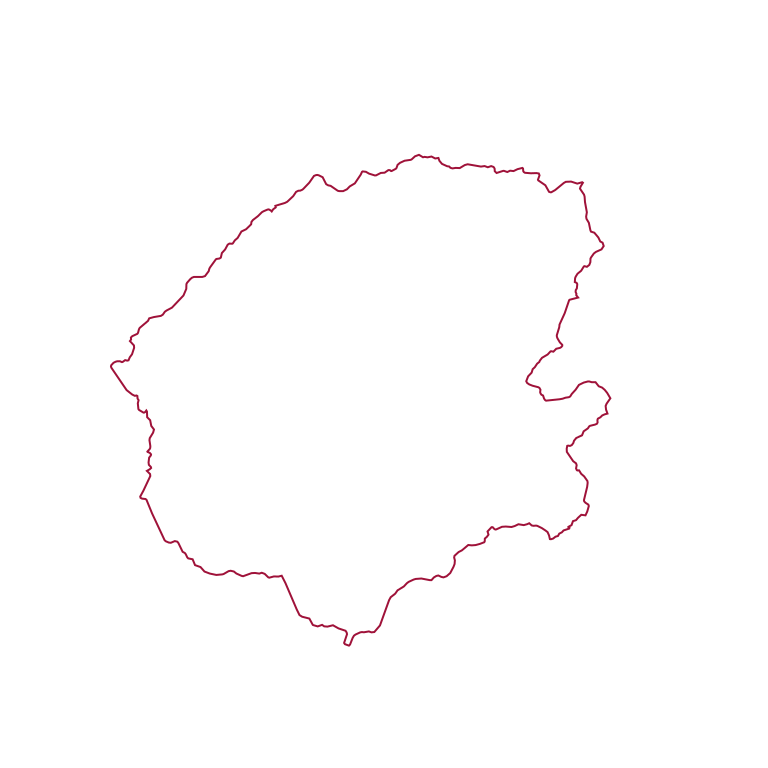 outline of Van Canh, Bình Định, Vietnam, rotated 63°
{"feature_id": "81297802B17102674968438", "entity_name": "Van Canh", "entity_type": "district", "adm_level": 2, "iso_a3": "VNM", "parent_name": "Vietnam", "parent_adm1": "Bình Định", "projection": "natural_earth1", "projection_center": [108.979, 13.676], "detail": "fine", "context": "isolated", "style": "outline", "palette": "rose", "viewbox_px": 768, "rotation_deg": 63, "n_neighbors": 0, "source": "geoboundaries", "source_scale": "gbopen_adm2", "svg_char_len": 6153}
<svg xmlns="http://www.w3.org/2000/svg" viewBox="0 0 768 768"><g transform="rotate(63 384 384)"><path d="M362.8,129.1L360.8,125.6L357.3,125.1L355.2,126.6L350.8,126.5L344.7,127.9L342.2,130.4L340.7,130.3L333.4,128.3L328.7,128.6L326.6,127.9L323.1,125.3L313.1,122.3L308.1,120.2L306.1,119.8L298.9,120.7L297.4,119.3L295.0,115.4L294.2,115.8L293.2,120.8L288.6,125.4L286.4,130.2L286.5,132.5L288.9,143.4L289.1,147.9L288.8,148.6L287.7,149.7L280.2,150.0L272.6,154.1L271.9,154.1L268.7,150.7L266.7,150.5L265.3,152.4L262.9,157.5L259.8,162.5L258.6,163.2L257.6,163.3L255.1,162.3L254.3,162.6L253.2,167.5L253.1,171.9L251.2,174.8L251.1,177.9L248.6,180.3L248.2,181.1L247.1,187.9L244.7,188.7L242.4,187.7L241.0,187.7L240.2,188.0L238.5,189.6L238.0,193.1L235.5,195.4L234.3,198.9L226.2,209.7L225.6,212.6L226.0,218.5L224.0,222.0L223.0,225.1L221.5,226.7L219.9,227.1L218.6,228.9L214.2,232.4L210.3,233.3L207.3,232.9L206.3,236.0L202.9,238.4L201.8,242.3L200.0,244.8L199.7,246.3L195.7,248.8L195.2,253.0L196.4,257.3L196.4,258.4L194.4,264.3L194.2,269.3L194.9,272.4L197.2,274.8L197.6,275.7L197.7,280.5L197.5,281.0L196.1,281.7L195.4,283.0L196.0,287.5L194.5,291.0L194.5,296.4L194.0,297.5L189.8,301.8L186.7,303.8L184.9,306.5L185.0,307.3L186.9,309.7L192.0,318.9L192.4,324.8L193.7,328.6L193.6,332.9L191.7,336.5L190.8,337.5L183.2,341.6L181.7,343.5L179.7,344.8L171.9,344.8L168.4,347.4L167.4,348.6L167.0,349.8L166.8,351.9L170.7,359.2L173.5,367.2L173.8,368.5L173.7,370.8L172.9,372.6L172.9,375.1L175.4,379.6L177.7,387.5L177.7,390.1L175.9,399.9L177.5,400.3L178.0,403.4L179.3,405.7L178.0,406.1L176.1,407.4L175.7,408.6L175.4,412.9L175.5,414.8L177.2,420.1L178.4,426.4L179.4,428.5L181.4,429.9L183.5,436.6L183.4,441.8L187.4,448.1L188.3,451.7L190.1,454.9L190.1,455.6L188.7,458.0L188.9,460.0L192.0,464.5L193.7,469.0L197.3,472.0L197.5,473.6L196.5,476.6L196.7,477.4L201.1,486.0L201.9,487.2L203.9,489.0L206.6,494.5L206.1,497.3L202.3,504.8L202.1,506.8L202.6,509.0L204.4,513.5L205.3,514.7L209.5,517.0L214.1,522.5L219.7,538.3L219.8,544.3L220.1,546.4L221.8,549.6L222.0,551.9L219.9,558.6L218.9,563.4L220.6,565.6L223.1,576.2L224.0,577.5L226.7,579.9L227.3,581.0L227.1,586.6L227.7,588.4L229.6,589.2L230.4,590.9L236.1,589.3L238.3,590.2L243.1,595.0L244.8,598.4L246.9,600.9L246.6,602.2L245.2,603.8L245.7,606.9L245.5,607.6L243.8,609.0L242.6,611.5L242.3,613.1L242.3,615.4L243.5,618.6L244.6,619.4L246.0,619.5L272.6,616.1L279.1,613.1L281.4,611.4L281.9,609.7L282.7,609.2L285.1,610.2L287.0,610.0L289.4,612.1L294.8,614.2L296.0,614.0L300.3,611.3L300.6,610.7L300.6,609.6L299.7,607.8L300.9,607.7L306.1,610.1L310.1,608.8L315.7,610.4L320.1,609.6L322.5,611.8L325.9,617.3L327.6,618.5L333.3,620.4L334.8,621.3L335.5,622.1L336.8,625.5L337.2,625.5L339.0,624.0L340.9,623.5L341.8,624.2L343.0,626.7L347.0,629.4L349.3,630.2L352.0,629.4L353.1,629.6L353.6,631.3L353.8,634.7L358.0,633.3L359.9,634.0L369.9,646.9L373.6,652.3L374.9,652.6L376.3,651.6L378.2,648.7L379.4,648.2L394.0,649.4L423.6,650.4L425.1,649.8L427.6,647.7L428.7,646.0L429.0,641.7L430.7,639.7L432.5,639.4L442.1,639.6L444.1,638.2L445.6,637.9L449.2,638.0L450.5,637.6L453.3,634.1L459.6,634.6L463.8,630.6L469.6,629.1L473.8,625.3L478.0,620.1L480.2,614.6L480.5,613.2L480.2,607.4L480.8,605.4L482.9,602.9L485.8,601.6L490.3,598.0L491.3,596.8L492.4,587.9L493.8,584.7L496.3,581.2L496.7,578.6L499.0,576.5L503.7,574.9L504.5,574.1L505.5,569.4L507.6,565.6L508.4,562.2L516.7,562.2L545.2,564.1L551.5,564.2L554.2,562.6L559.1,557.0L566.3,556.8L567.0,556.2L569.9,553.1L570.5,548.5L572.8,547.3L574.5,544.5L575.8,539.0L581.1,535.5L586.4,530.3L588.4,530.1L590.1,530.5L596.6,537.1L598.1,536.9L601.2,534.0L600.7,532.5L596.0,527.2L594.6,525.0L594.3,523.1L594.5,518.0L595.0,516.3L596.1,514.6L597.6,509.8L599.6,507.9L600.6,505.2L597.3,497.2L578.9,477.6L577.0,474.8L575.9,469.2L574.0,465.6L573.4,458.2L571.9,454.1L571.5,451.9L571.7,446.4L572.1,444.2L574.3,439.0L579.5,432.3L580.3,430.7L579.0,427.4L578.8,424.5L579.3,422.5L581.9,420.5L583.3,418.8L583.7,415.5L582.5,410.8L578.4,405.0L576.4,402.8L573.3,400.9L570.5,400.3L569.1,399.2L567.6,393.8L567.6,390.2L565.7,382.0L567.6,379.1L569.1,375.5L570.0,371.2L570.5,366.5L569.8,365.6L567.5,364.3L566.9,361.8L565.7,359.3L562.4,358.7L560.4,353.2L560.9,352.2L563.3,351.5L564.2,350.9L564.5,350.1L564.8,343.7L566.3,340.2L569.3,335.3L569.9,332.0L570.0,327.9L573.2,323.5L573.9,320.1L574.0,317.8L577.1,316.6L578.2,315.2L579.2,312.8L580.0,311.8L584.0,308.8L587.9,306.6L590.2,305.5L593.9,305.7L597.5,306.6L598.1,305.7L598.5,303.5L597.9,300.5L598.4,298.0L596.9,295.8L596.9,292.8L596.0,290.5L596.9,284.6L596.4,284.1L595.6,284.8L595.0,284.6L594.9,281.0L592.0,277.9L592.5,274.7L591.3,271.9L590.1,267.6L592.5,264.1L589.9,260.8L585.7,256.9L584.2,256.7L581.3,258.4L579.5,258.9L578.3,258.6L567.9,249.7L564.5,247.4L562.8,246.8L557.2,247.6L553.5,249.1L549.5,249.4L548.8,251.0L548.2,251.3L546.4,251.2L543.8,249.2L541.9,248.9L538.6,250.5L527.5,251.9L524.6,250.6L522.3,248.8L522.5,247.9L523.6,246.4L523.7,244.5L522.6,242.2L520.8,240.4L519.4,237.2L519.6,230.8L516.8,227.6L516.1,222.5L514.9,220.4L514.8,219.4L516.0,214.3L516.1,212.4L515.3,211.2L513.0,210.2L512.0,209.2L511.9,206.3L511.1,203.9L511.2,201.3L511.8,198.3L507.7,197.8L504.2,196.5L502.6,194.6L499.5,188.8L493.2,189.2L489.4,190.0L486.2,191.3L483.5,193.7L478.4,194.7L476.7,198.1L474.9,200.0L474.3,201.2L473.4,205.4L473.3,210.7L476.1,215.9L478.1,221.2L479.6,223.7L479.7,225.2L478.6,228.5L478.2,231.5L477.3,234.5L472.4,247.2L471.3,247.8L469.6,248.0L466.5,247.5L465.0,248.6L463.5,248.8L462.2,248.6L460.1,247.2L458.0,247.3L456.9,248.0L453.0,252.4L450.3,254.8L448.0,256.0L446.1,256.0L442.6,252.1L440.9,247.3L438.3,244.8L437.5,242.0L435.4,238.3L434.9,235.7L433.9,234.5L432.4,231.3L432.0,224.8L430.6,221.0L430.6,220.3L432.1,218.4L430.8,214.5L431.7,210.9L431.6,209.3L430.9,207.8L430.0,207.4L426.8,208.4L422.1,208.7L420.4,208.5L419.0,207.9L412.9,202.0L410.7,200.6L403.0,190.9L393.4,181.0L393.2,180.4L395.1,171.8L392.1,172.4L391.0,171.6L389.0,171.5L387.4,170.5L386.4,168.8L383.2,166.7L382.4,166.4L381.3,166.5L379.8,167.7L376.5,165.7L375.4,164.5L373.6,161.5L372.6,156.9L370.0,152.6L370.0,151.9L371.7,150.0L371.1,147.0L369.1,144.8L366.0,143.1L365.2,142.0L363.0,137.8L362.5,135.2L362.8,129.1Z" fill="none" stroke="#9f1239" stroke-width="2"/></g></svg>